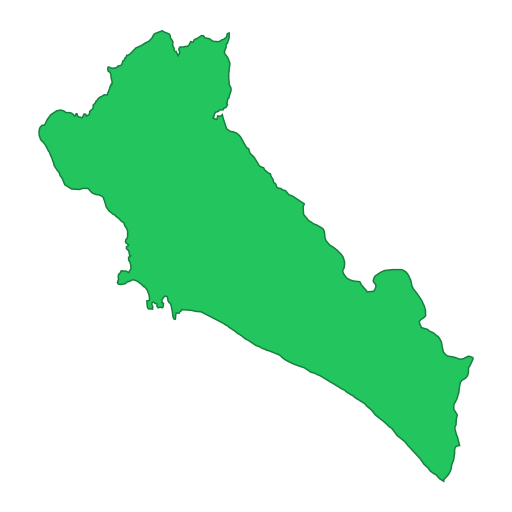 Quepos, Puntarenas, Costa Rica (Equal Earth projection)
{"feature_id": "36466004B16992586441876", "entity_name": "Quepos", "entity_type": "district", "adm_level": 2, "iso_a3": "CRI", "parent_name": "Costa Rica", "parent_adm1": "Puntarenas", "projection": "equal_earth", "projection_center": [-84.055, 9.413], "detail": "fine", "context": "isolated", "style": "filled", "palette": "green", "viewbox_px": 512, "rotation_deg": 0, "n_neighbors": 0, "source": "geoboundaries", "source_scale": "gbopen_adm2", "svg_char_len": 5959}
<svg xmlns="http://www.w3.org/2000/svg" viewBox="0 0 512 512"><path d="M459.6,445.5L457.5,437.1L456.5,434.8L454.9,428.9L454.9,427.2L456.0,424.9L456.3,419.1L457.3,415.0L453.8,409.2L453.8,404.8L456.8,399.1L458.8,392.5L459.5,386.4L460.4,382.5L461.6,380.6L465.3,378.3L466.3,377.4L467.5,375.6L468.3,373.5L468.6,367.6L469.9,365.8L472.7,359.8L473.0,359.1L472.8,357.6L469.5,356.3L468.1,356.3L462.9,358.9L459.7,359.2L454.3,357.2L447.5,356.0L445.9,354.9L443.4,352.0L442.3,347.2L441.4,341.9L439.4,338.2L438.1,336.5L436.5,335.5L433.3,332.8L429.2,331.0L427.6,329.4L421.4,327.6L419.6,323.4L419.3,321.8L420.6,319.8L424.0,317.5L425.6,315.8L425.5,310.4L424.3,306.1L421.6,300.3L417.3,293.9L413.2,288.6L412.0,286.0L410.7,280.1L408.3,275.0L406.3,272.3L404.0,270.6L401.1,269.6L392.9,269.6L384.7,270.5L381.2,272.0L375.2,275.9L373.9,278.2L373.3,280.4L373.3,281.5L375.8,284.9L375.9,286.8L375.1,289.1L373.6,291.3L367.1,291.9L366.4,290.6L361.4,284.9L360.9,284.0L360.7,283.0L359.6,281.7L353.5,281.0L349.8,279.8L346.5,277.9L343.6,273.8L342.9,272.2L342.8,270.3L344.1,267.9L344.6,264.2L344.5,261.5L343.1,257.1L341.5,254.7L337.3,250.4L333.2,247.1L329.7,245.1L325.8,240.3L324.7,236.4L324.7,233.9L324.0,230.5L322.7,228.5L316.9,225.1L313.3,223.7L310.1,221.3L308.8,220.8L303.6,214.4L303.1,206.8L304.3,203.9L292.6,196.1L288.9,194.7L285.6,190.7L282.4,189.8L281.0,188.5L279.0,188.3L276.9,187.4L275.6,183.8L273.6,182.3L272.9,179.0L271.2,176.8L270.3,173.8L268.6,173.2L264.7,170.0L263.6,167.7L260.7,166.8L259.2,165.6L254.1,157.2L250.1,153.3L248.5,148.6L246.5,147.5L245.9,146.5L240.7,137.2L239.2,135.3L236.4,133.0L232.5,131.6L230.3,131.4L226.7,128.9L223.2,118.4L222.3,114.6L220.6,116.3L217.6,115.9L217.2,118.5L216.5,119.4L215.7,119.5L214.7,118.6L213.6,118.6L213.0,118.0L213.0,117.6L213.8,116.9L213.9,116.0L215.3,112.3L218.4,111.4L219.8,109.9L223.1,109.8L224.0,108.1L225.3,107.8L226.4,106.9L227.5,104.5L226.6,103.5L227.3,102.2L227.6,99.4L229.1,97.6L229.1,96.3L231.0,90.9L231.0,88.1L229.4,84.8L228.7,78.4L228.7,73.1L229.1,71.7L229.1,69.2L229.8,65.3L229.8,62.8L227.7,57.6L224.4,53.1L225.0,49.7L226.1,47.6L226.1,44.5L227.3,43.4L228.7,39.3L229.2,37.0L229.2,33.0L227.5,33.5L227.1,34.4L226.6,36.7L226.0,37.5L223.6,39.4L221.8,39.9L218.9,41.7L212.9,41.3L209.6,38.8L204.8,37.8L203.4,35.7L201.3,35.7L197.0,38.6L195.4,39.0L194.2,39.8L193.2,42.0L192.2,42.3L191.4,41.7L190.6,41.6L189.1,44.9L187.7,46.1L187.1,46.4L185.2,46.4L183.7,47.0L180.0,47.0L179.0,48.4L178.9,49.6L179.0,50.4L179.7,51.5L179.6,53.0L178.0,55.7L176.1,51.5L175.4,51.7L174.3,50.6L173.9,47.8L172.7,45.7L172.9,41.6L170.4,37.7L170.1,35.4L169.4,34.1L163.8,31.8L162.4,30.7L154.6,33.7L153.2,35.5L151.9,38.2L148.4,41.6L145.5,42.8L141.4,45.5L135.8,48.0L129.7,54.3L127.7,55.3L126.7,55.3L126.1,57.1L124.8,58.2L124.5,59.9L122.8,61.0L121.8,64.8L119.6,65.8L118.3,65.8L116.8,67.4L115.2,68.0L111.6,68.3L108.9,67.0L108.2,67.0L107.8,68.0L107.8,69.7L108.2,70.9L108.4,71.5L109.2,71.5L109.9,72.3L110.9,74.2L111.1,77.5L112.1,81.7L112.0,83.9L111.5,84.7L111.1,84.4L110.3,86.1L109.3,89.4L107.6,93.4L107.4,94.7L106.8,95.0L104.2,94.8L101.3,96.7L100.2,97.0L98.2,98.6L96.5,101.1L96.0,101.2L95.3,103.0L93.2,105.0L93.1,108.0L92.8,108.7L89.7,111.3L89.4,114.1L88.5,115.0L86.3,116.1L85.8,114.4L84.2,113.9L82.3,117.6L81.6,117.7L79.9,117.1L78.7,117.1L77.4,115.6L77.3,114.4L76.7,113.6L76.1,113.8L75.5,115.5L74.8,116.1L72.9,114.1L70.9,112.9L69.7,112.6L66.0,112.6L64.0,111.0L60.9,110.1L56.8,110.7L50.7,114.8L47.2,119.6L44.8,124.7L44.5,125.1L42.1,125.3L40.2,127.2L39.5,128.8L39.0,131.7L39.2,135.3L40.4,138.9L41.5,140.8L42.9,141.9L45.2,144.8L46.4,146.8L48.5,151.1L49.3,151.9L50.6,155.4L52.0,158.4L53.1,161.9L53.5,162.3L54.1,165.5L57.6,170.9L58.8,172.0L60.4,176.1L61.8,177.7L62.4,178.9L64.8,184.8L71.6,189.0L79.4,189.5L83.0,188.3L88.0,188.5L88.9,189.3L90.8,191.7L93.1,193.5L94.7,193.9L95.7,194.5L99.3,195.0L101.7,196.1L103.1,197.2L103.6,198.2L103.8,199.3L104.6,201.1L106.2,206.9L109.0,210.9L113.1,214.2L115.2,215.2L116.0,216.4L118.6,218.3L121.5,221.3L123.9,222.9L124.7,225.6L126.9,228.9L127.6,231.3L127.6,236.6L126.7,239.0L125.9,239.5L125.5,242.0L125.7,242.6L128.5,244.9L128.4,245.4L126.4,247.0L126.4,248.6L128.4,250.5L129.1,252.2L129.5,255.1L130.1,255.8L130.6,255.8L130.3,256.4L128.6,257.2L128.6,259.5L128.8,260.4L130.0,262.3L130.7,264.9L131.0,269.0L129.3,271.2L128.9,272.4L128.5,272.7L126.5,271.2L121.2,270.8L119.9,273.3L118.5,274.4L118.2,277.3L118.6,279.0L117.4,282.5L117.9,283.6L118.7,284.2L121.2,284.5L125.4,283.6L126.9,282.2L129.8,281.3L132.2,279.9L133.9,279.9L137.1,281.1L141.5,284.3L143.6,286.6L144.2,286.3L147.1,289.8L149.1,295.2L149.5,298.3L149.4,300.1L149.1,300.5L146.8,300.9L147.3,306.7L148.2,308.6L148.9,308.9L152.6,309.1L152.7,306.5L151.9,304.8L151.9,303.5L152.2,302.7L153.0,302.1L153.8,302.2L155.2,303.5L156.8,303.7L157.0,306.3L158.1,307.8L160.5,307.2L162.1,307.8L162.8,307.5L163.3,305.9L163.5,303.3L162.1,302.6L161.9,299.8L164.3,296.6L164.9,296.2L166.5,296.2L167.4,297.2L168.0,300.5L168.5,301.8L169.1,302.6L170.2,303.2L171.2,305.8L172.4,311.9L172.9,316.4L173.6,318.4L174.4,319.3L175.2,319.3L175.5,318.8L175.7,314.9L176.2,313.0L179.1,313.2L180.1,311.5L181.5,310.6L181.7,309.6L191.8,310.4L195.8,311.4L201.0,311.8L219.3,321.2L224.3,323.9L225.4,324.9L227.3,325.6L228.7,327.0L235.4,331.5L237.5,333.3L241.1,335.4L245.5,339.0L247.8,340.0L255.8,345.4L259.9,346.9L263.0,348.7L264.5,349.0L266.6,350.2L269.3,350.9L278.8,354.7L280.5,355.7L282.1,357.5L284.5,359.3L288.3,361.5L294.7,364.5L304.6,367.9L310.9,372.2L314.7,373.2L317.5,374.7L319.9,375.6L341.9,388.9L344.7,390.3L347.4,392.6L349.7,393.8L350.4,394.6L352.3,395.3L355.9,398.2L364.8,403.7L367.1,406.4L371.3,409.8L375.3,414.9L385.1,422.7L389.4,426.8L391.8,428.4L397.2,435.6L404.7,441.5L408.1,445.7L420.8,459.4L421.1,460.1L424.0,464.3L427.5,467.4L430.3,471.0L433.6,473.5L436.6,475.1L437.5,476.5L439.7,478.8L443.7,481.3L444.0,479.4L447.4,475.8L448.8,474.0L450.4,470.9L451.2,468.4L451.7,464.9L453.6,460.0L454.6,453.5L454.6,450.0L455.2,447.5L455.6,446.8L459.1,445.4L459.6,445.5Z" fill="#22c55e" stroke="#15803d" stroke-width="1.5"/></svg>